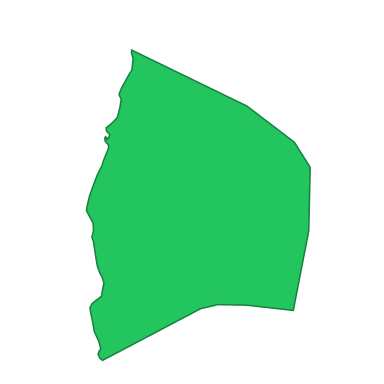 outline of Dahab, Janub Sina', Egypt, rotated 170°
{"feature_id": "37247803B99399074441335", "entity_name": "Dahab", "entity_type": "district", "adm_level": 2, "iso_a3": "EGY", "parent_name": "Egypt", "parent_adm1": "Janub Sina'", "projection": "albers", "projection_center": [34.572, 28.733], "detail": "fine", "context": "isolated", "style": "filled", "palette": "green", "viewbox_px": 384, "rotation_deg": 170, "n_neighbors": 0, "source": "geoboundaries", "source_scale": "gbopen_adm2", "svg_char_len": 1016}
<svg xmlns="http://www.w3.org/2000/svg" viewBox="0 0 384 384"><g transform="rotate(170 192 192)"><path d="M226.8,342.3L227.2,340.7L227.4,339.9L226.9,333.2L230.1,322.4L233.1,319.3L237.8,313.5L243.3,306.7L246.9,300.9L245.7,295.4L247.6,289.8L248.5,287.3L252.2,279.1L254.4,276.9L259.8,273.2L265.4,270.1L265.7,267.1L263.1,262.7L265.4,258.9L266.5,258.6L266.7,260.5L267.6,261.5L268.4,260.4L268.8,257.6L267.6,255.0L266.0,252.9L266.9,249.0L269.2,245.6L273.6,238.5L276.2,233.4L282.1,225.6L286.7,218.0L293.5,206.1L293.6,205.9L297.1,197.8L299.2,192.0L297.7,187.3L295.3,180.0L294.9,178.8L295.6,171.4L298.5,164.7L297.7,160.9L297.8,154.2L298.1,141.1L298.1,135.6L296.9,128.4L295.4,124.0L294.5,117.9L297.4,110.4L299.3,105.0L305.2,102.0L309.7,99.5L312.6,95.7L312.7,90.2L312.4,81.1L312.5,71.6L311.0,66.0L309.6,60.5L309.1,53.2L310.9,51.7L312.7,48.7L311.6,44.3L309.4,41.7L203.7,75.6L186.1,76.6L158.5,71.2L112.8,57.8L83.8,133.3L71.3,195.8L82.6,223.3L122.9,267.0L226.8,342.3Z" fill="#22c55e" stroke="#15803d" stroke-width="1.5"/></g></svg>